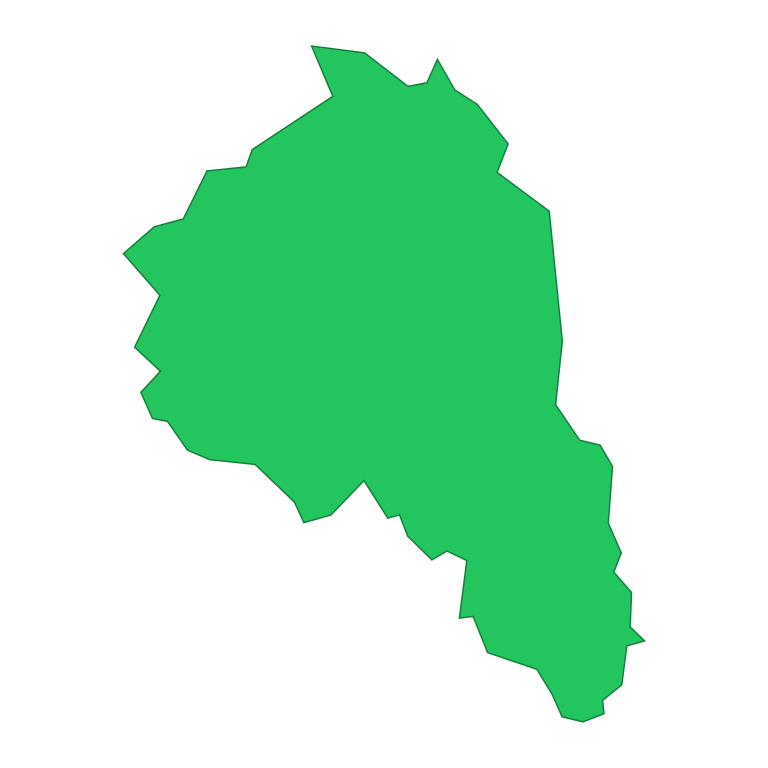 the district of Magoffin, Kentucky, United States of America
{"feature_id": "52423323B54466190997734", "entity_name": "Magoffin", "entity_type": "district", "adm_level": 2, "iso_a3": "USA", "parent_name": "United States of America", "parent_adm1": "Kentucky", "projection": "natural_earth1", "projection_center": [-83.049, 37.69], "detail": "fine", "context": "isolated", "style": "filled", "palette": "green", "viewbox_px": 768, "rotation_deg": 0, "n_neighbors": 0, "source": "geoboundaries", "source_scale": "gbopen_adm2", "svg_char_len": 833}
<svg xmlns="http://www.w3.org/2000/svg" viewBox="0 0 768 768"><path d="M562.3,341.1L549.2,211.2L497.1,172.4L508.1,143.9L477.3,104.4L454.9,90.0L437.4,59.4L426.9,82.8L407.9,86.3L364.6,52.9L311.6,46.1L332.8,96.3L252.2,149.6L246.1,166.9L207.0,170.9L183.3,218.9L154.4,226.7L123.4,253.6L159.9,295.3L134.6,347.2L160.4,371.3L140.9,392.3L152.5,418.5L167.5,421.4L187.5,450.2L209.9,459.7L255.1,464.4L294.5,502.2L303.9,522.6L330.9,515.0L364.0,480.6L387.7,518.1L399.5,514.9L407.8,536.3L431.9,559.9L446.9,551.0L466.8,560.5L459.4,618.1L473.1,616.4L487.6,652.6L536.9,669.3L552.1,694.3L562.1,716.8L582.8,721.9L604.0,713.7L602.6,700.4L621.8,684.8L626.8,645.9L644.6,640.9L630.2,627.0L631.5,592.5L613.8,572.1L621.3,553.0L608.3,523.0L612.5,466.5L600.1,445.1L579.7,440.2L555.6,404.7L562.3,341.1Z" fill="#22c55e" stroke="#15803d" stroke-width="1.5"/></svg>